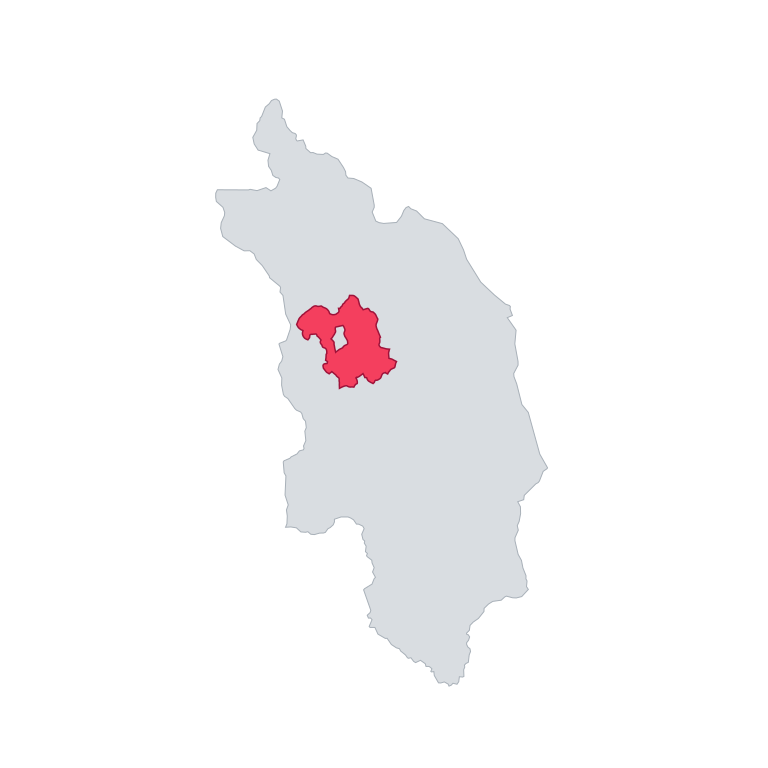 Töv on a map of Mongolia (Mercator projection), rotated 247°
{"feature_id": "MNG-3329", "entity_name": "Töv", "entity_type": "Province", "adm_level": 1, "iso_a3": "MNG", "parent_name": "Mongolia", "parent_adm1": "", "projection": "mercator", "projection_center": [106.662, 47.753], "detail": "fine", "context": "in_parent", "style": "filled", "palette": "rose", "viewbox_px": 768, "rotation_deg": 247, "n_neighbors": 0, "source": "natural_earth", "source_scale": "10m", "svg_char_len": 8698}
<svg xmlns="http://www.w3.org/2000/svg" viewBox="0 0 768 768"><g transform="rotate(247 384 384)"><path d="M80.5,325.8L82.7,325.8L86.2,323.1L86.6,319.5L87.6,317.4L96.0,316.4L99.8,317.5L100.4,315.2L101.1,314.8L103.1,316.8L105.0,316.0L106.4,315.1L107.6,312.3L110.4,312.7L115.4,309.6L115.2,304.2L117.1,302.9L121.5,301.8L122.0,299.3L122.9,298.6L126.2,297.9L131.7,295.0L134.3,294.8L136.3,292.3L141.3,289.0L148.7,287.5L149.3,285.8L156.1,280.7L163.5,280.5L165.4,276.0L166.6,275.6L171.7,280.9L173.8,280.2L174.6,278.2L177.7,278.2L179.0,281.9L180.8,283.4L202.5,284.8L203.2,286.2L204.5,294.8L208.5,298.7L209.4,300.6L215.4,300.0L218.8,303.2L224.0,303.1L226.6,303.9L231.7,301.0L232.9,300.9L234.5,302.5L236.9,301.4L241.7,304.2L245.3,303.7L247.0,304.9L249.2,303.9L254.4,304.8L258.6,309.2L261.5,308.9L264.9,305.9L265.8,303.9L270.9,302.9L273.7,300.9L275.6,299.0L278.4,292.4L278.9,285.5L276.4,284.5L274.2,282.2L272.9,278.5L272.7,275.9L270.3,272.0L270.5,270.0L271.9,266.5L272.6,261.0L274.3,257.9L277.8,256.2L278.1,254.0L280.3,249.7L285.8,247.2L288.8,242.4L290.6,237.4L293.2,240.0L300.3,243.4L306.2,245.0L310.1,248.6L320.4,249.5L337.7,257.8L341.3,257.4L351.6,260.8L352.4,262.0L352.4,268.3L353.2,270.0L353.6,276.6L355.5,280.0L354.9,284.0L355.9,285.2L358.4,285.7L362.4,289.9L371.5,292.7L374.2,295.4L380.4,297.2L383.7,296.1L388.9,296.8L390.8,296.3L394.1,293.2L396.2,292.3L408.2,289.8L411.4,287.7L413.6,287.3L423.0,289.3L429.5,292.3L438.8,292.1L443.2,295.5L445.1,298.8L448.7,301.6L461.7,302.9L462.3,303.5L462.1,310.4L462.6,311.5L471.0,319.0L474.9,321.2L486.7,320.8L505.0,325.6L509.3,324.2L513.2,326.5L514.6,326.4L526.5,320.2L528.3,320.6L540.6,318.2L548.5,315.1L554.4,315.3L559.1,312.6L561.2,307.3L569.0,301.1L582.7,293.2L591.1,294.4L596.1,297.2L601.2,302.8L604.1,304.4L609.6,304.8L617.5,301.0L621.6,302.0L625.4,303.7L627.9,306.5L615.6,335.1L615.5,336.8L611.6,342.7L610.9,352.1L606.0,355.4L606.6,360.7L607.7,362.7L613.0,368.0L614.9,367.3L616.4,365.1L619.4,363.2L624.7,363.7L629.4,362.8L635.3,364.6L640.6,369.0L648.5,359.5L655.7,358.3L662.3,359.6L667.3,366.0L673.4,368.9L674.9,372.5L677.4,374.0L678.0,375.8L685.3,383.0L686.8,387.8L688.9,391.2L688.9,394.6L688.3,396.3L685.3,398.1L674.9,397.2L668.9,393.9L666.6,395.8L658.8,395.1L654.2,396.5L651.2,397.8L649.4,400.0L648.0,400.6L646.7,400.4L644.3,398.6L642.2,398.7L641.6,399.1L640.3,404.9L633.5,404.9L631.3,404.1L625.6,406.8L624.8,409.1L621.8,412.1L619.0,417.9L619.5,420.3L618.7,421.9L613.7,424.9L608.9,429.5L599.1,431.3L594.5,431.6L591.1,430.5L587.7,431.3L585.0,436.4L578.6,442.6L569.2,448.6L552.5,444.9L550.4,444.0L546.9,440.3L537.2,440.1L534.4,442.6L531.9,446.5L527.8,458.7L531.6,465.6L536.0,470.1L537.8,473.3L537.8,476.0L534.8,477.2L530.5,481.6L520.3,485.7L508.8,500.4L488.7,509.1L476.3,509.6L466.5,508.8L439.9,512.9L422.8,520.4L410.1,527.0L407.3,530.1L406.0,530.6L403.7,529.3L396.9,529.0L396.9,523.4L381.9,526.6L369.8,520.1L352.4,516.2L349.0,514.8L343.0,507.5L339.9,506.5L332.3,506.2L311.2,502.9L301.5,505.7L258.6,500.0L243.0,501.8L242.4,501.1L241.4,496.4L234.0,489.2L233.0,487.4L232.7,484.6L226.7,469.6L222.9,467.4L223.4,461.1L217.7,461.6L211.3,459.1L204.7,454.7L201.5,451.3L197.0,450.5L191.3,444.5L188.6,443.3L174.8,440.9L167.9,441.6L160.4,440.0L152.0,439.8L149.2,438.5L146.8,438.7L141.8,436.0L138.5,436.6L134.5,427.7L135.4,422.1L137.0,418.8L140.9,413.8L140.8,411.9L139.2,407.4L141.4,399.2L140.6,394.2L138.4,388.5L135.5,387.1L131.3,379.3L130.0,373.1L128.2,368.9L123.9,366.3L122.4,362.6L121.1,362.4L120.2,363.6L117.7,364.0L115.1,361.7L113.6,359.0L112.0,358.3L109.2,358.4L106.7,359.7L103.9,359.1L101.4,356.6L94.9,352.9L94.7,350.1L93.8,348.2L91.8,347.7L89.9,345.7L83.6,343.3L83.5,341.9L85.1,339.0L80.8,336.5L79.1,333.9L81.6,330.5L80.5,328.2L80.5,325.8Z" fill="#d9dde1" stroke="#a8b0b8" stroke-width="1"/><path d="M471.4,371.7L471.2,372.1L470.9,372.5L470.8,373.0L470.9,373.3L471.1,373.5L471.3,373.6L471.5,373.8L471.6,374.0L472.0,375.2L472.2,375.8L472.3,376.0L473.5,377.2L473.6,377.4L473.7,377.7L474.1,379.3L474.2,379.6L474.9,380.3L475.1,380.7L475.9,382.9L476.2,384.0L476.4,384.5L477.0,385.3L477.7,385.9L479.0,386.9L477.6,390.1L477.4,390.4L476.7,391.1L475.4,391.9L472.4,393.3L470.0,393.0L467.1,392.5L465.4,392.5L464.2,392.7L463.3,393.0L462.4,393.5L460.5,393.8L460.4,394.9L460.3,396.0L460.1,397.7L460.1,398.1L459.9,398.6L459.8,398.8L459.4,399.1L459.2,399.2L458.7,399.4L457.1,399.6L456.3,399.9L455.9,400.2L455.7,400.3L454.7,401.8L454.5,402.1L454.1,402.3L452.2,403.1L451.2,403.4L450.8,403.4L447.7,403.5L446.2,403.7L445.0,402.9L444.2,402.2L443.1,401.1L442.3,400.3L441.1,399.6L440.5,399.4L438.6,399.1L437.3,399.0L435.7,399.1L432.0,399.0L428.4,399.0L428.2,398.4L428.1,398.2L427.7,397.9L427.3,397.7L425.3,397.0L424.7,396.7L423.8,396.2L422.6,395.0L422.2,394.8L422.0,394.7L421.6,394.6L420.9,394.6L419.6,395.0L418.9,395.3L417.2,397.6L416.8,398.1L415.4,399.9L413.9,402.7L413.0,401.9L412.2,401.4L411.8,401.0L410.7,400.3L409.3,399.8L407.5,399.2L405.7,398.6L404.1,400.7L403.4,401.4L402.3,402.2L399.8,404.3L399.4,403.9L398.9,403.2L398.0,402.5L395.6,400.8L395.3,400.5L395.1,400.3L394.9,399.9L394.9,399.4L394.8,396.7L394.8,396.3L394.6,395.7L394.4,395.2L393.9,394.5L393.5,393.6L393.2,393.1L392.6,392.2L391.8,391.3L392.7,390.5L393.1,390.1L393.5,389.9L394.0,389.8L394.1,388.6L394.2,387.9L394.1,387.3L394.0,386.8L393.8,386.4L393.6,386.1L392.9,385.3L391.7,384.2L391.0,383.4L390.8,383.1L390.5,382.2L390.2,380.6L390.2,379.8L390.2,378.9L390.7,378.0L390.7,377.6L390.7,377.3L390.5,376.9L389.9,376.3L389.5,375.9L389.2,375.6L389.1,375.2L388.7,374.1L389.6,373.4L390.4,372.6L392.8,370.9L393.7,370.6L394.1,370.5L395.1,370.4L396.6,370.5L397.1,369.6L397.4,368.9L399.9,368.9L401.8,368.7L401.4,367.4L400.7,364.3L400.6,363.5L400.5,362.1L400.9,361.7L400.9,361.0L400.8,360.7L400.6,360.6L400.2,360.5L399.9,360.7L397.9,360.6L396.8,360.4L395.7,360.0L394.9,359.5L394.8,358.0L394.6,357.4L393.7,356.0L392.9,355.1L393.6,353.8L393.9,353.2L394.3,351.9L395.0,350.7L395.8,349.9L396.8,349.1L397.0,348.9L397.2,348.5L397.5,347.2L397.6,346.0L397.6,343.8L397.4,341.3L400.8,342.6L402.1,343.2L403.0,343.6L404.4,343.9L405.6,344.5L406.6,344.8L407.1,344.8L407.5,344.7L407.8,344.5L408.3,344.2L409.5,343.6L410.0,343.4L411.1,343.2L411.5,343.1L412.1,342.7L413.2,342.1L414.5,341.5L415.8,340.8L415.4,339.8L415.1,338.3L414.8,337.5L416.1,336.6L417.0,335.9L417.4,335.7L418.7,335.3L422.2,334.4L424.0,334.8L424.7,335.0L425.3,335.5L425.6,335.9L425.7,336.1L425.8,336.6L425.8,337.3L425.5,338.5L425.1,339.5L425.3,339.8L425.7,340.1L426.6,340.7L427.5,340.3L428.0,340.0L428.6,339.5L430.9,340.9L433.8,342.3L434.2,342.7L434.4,343.2L435.5,343.7L436.2,344.0L437.9,344.4L438.5,344.4L439.2,344.2L439.8,344.0L440.6,343.2L441.0,342.7L441.6,342.2L441.9,342.0L442.5,341.9L443.9,342.0L444.3,342.0L445.7,341.6L446.5,341.5L447.2,341.6L447.6,341.8L448.0,342.0L448.3,342.3L449.1,343.2L451.4,342.5L452.5,342.1L453.3,341.8L453.9,341.3L454.2,341.2L454.6,341.2L455.6,341.3L456.0,341.3L456.4,341.1L456.5,340.9L456.8,340.5L457.0,339.7L457.4,338.7L457.7,337.6L458.2,336.4L458.3,335.7L458.2,335.3L457.9,334.9L457.8,334.7L457.4,334.5L456.2,333.9L455.6,333.4L455.4,333.0L454.4,331.2L455.7,329.9L457.1,328.9L457.7,328.7L458.8,328.4L459.4,328.3L460.8,328.3L461.5,328.4L462.0,328.5L462.7,328.8L463.1,329.0L464.9,330.3L465.6,329.6L466.1,329.1L466.4,328.8L467.6,328.1L469.0,327.4L469.6,327.2L471.8,326.9L472.4,326.9L473.1,326.9L473.7,327.7L474.2,328.1L474.6,328.6L475.0,328.9L475.4,329.3L476.5,330.5L477.3,331.3L478.0,332.5L478.8,334.5L479.5,335.8L479.6,336.3L479.8,337.7L480.0,338.2L480.4,339.1L480.7,340.1L481.3,343.4L481.8,345.1L482.0,346.2L482.6,347.6L482.9,349.3L483.0,350.0L482.9,350.7L482.6,351.7L482.2,352.3L482.0,352.5L481.7,352.8L481.2,353.6L480.8,354.7L480.5,356.1L480.3,356.7L480.0,357.0L479.8,357.1L479.2,357.5L478.9,357.7L478.2,358.2L477.1,359.4L476.2,360.1L475.9,360.4L475.1,360.8L474.6,361.0L473.7,361.3L472.5,361.6L470.0,361.5L468.6,362.8L468.0,363.6L467.7,364.1L467.3,365.3L467.1,366.2L467.0,367.0L467.1,367.5L467.4,368.7L467.6,369.8L468.2,370.7L468.6,371.0L469.0,371.2L471.4,371.7ZM442.1,354.3L441.6,354.2L440.5,353.7L440.0,353.5L438.4,353.2L436.4,352.7L436.5,352.7L432.1,351.9L432.5,353.1L432.8,354.5L433.3,356.4L433.5,360.1L434.0,360.7L434.2,361.1L434.6,362.0L434.8,363.0L434.8,365.2L434.9,365.7L435.1,366.1L435.2,366.3L435.7,366.6L437.3,367.0L437.9,367.3L440.8,367.0L443.0,366.6L443.4,366.6L444.9,366.7L445.7,366.8L446.4,367.1L447.1,367.6L448.5,368.9L449.0,369.2L449.5,369.3L450.7,369.4L452.1,369.4L453.0,369.3L454.0,369.0L454.1,368.3L454.6,365.7L454.8,364.3L455.2,362.5L455.3,362.0L455.1,361.6L454.9,361.2L454.3,360.9L453.1,360.4L451.9,360.2L451.4,360.0L451.0,359.8L450.6,359.5L450.3,359.1L449.8,358.4L449.2,357.8L448.0,355.9L447.1,354.7L446.7,354.0L446.2,352.9L444.3,353.7L442.7,354.2L442.1,354.3Z" fill="#f43f5e" stroke="#9f1239" stroke-width="1.5"/></g></svg>